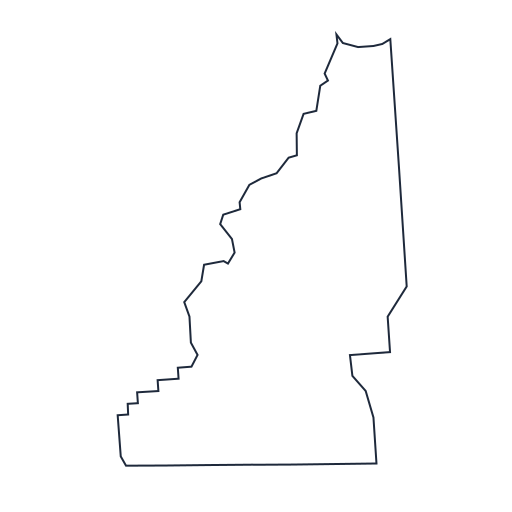 Jefferson, Florida, United States of America (Mercator projection), rotated 176°
{"feature_id": "52423323B23187437311114", "entity_name": "Jefferson", "entity_type": "district", "adm_level": 2, "iso_a3": "USA", "parent_name": "United States of America", "parent_adm1": "Florida", "projection": "mercator", "projection_center": [-83.844, 30.378], "detail": "fine", "context": "isolated", "style": "outline", "palette": "slate", "viewbox_px": 512, "rotation_deg": 176, "n_neighbors": 0, "source": "geoboundaries", "source_scale": "gbopen_adm2", "svg_char_len": 897}
<svg xmlns="http://www.w3.org/2000/svg" viewBox="0 0 512 512"><g transform="rotate(176 256 256)"><path d="M150.3,40.6L150.1,86.7L156.0,113.7L168.2,129.7L169.2,150.6L129.0,150.8L128.9,186.3L107.8,215.1L107.2,332.7L106.9,463.0L115.2,458.7L124.2,457.3L139.6,457.3L154.5,462.4L160.3,471.4L159.9,462.4L174.8,433.2L172.0,426.0L180.0,421.4L185.7,396.6L198.6,394.5L206.9,375.6L208.2,353.6L216.6,351.8L229.7,337.1L245.3,333.0L257.6,327.5L268.6,310.8L268.4,303.8L285.8,299.5L289.5,290.3L278.8,274.6L277.1,260.9L284.5,250.4L288.7,253.2L308.4,250.9L312.3,234.6L330.8,215.0L326.6,200.2L327.0,174.1L321.2,161.4L328.1,150.1L341.8,150.0L341.8,139.0L362.8,139.0L362.8,128.1L384.1,128.3L384.1,117.4L394.3,117.5L394.6,106.8L405.1,106.8L404.9,65.5L400.3,55.9L360.9,53.3L359.2,53.2L316.9,50.7L274.6,48.1L268.1,47.6L246.4,46.2L231.0,45.2L230.6,45.2L150.3,40.6Z" fill="none" stroke="#1e293b" stroke-width="2"/></g></svg>